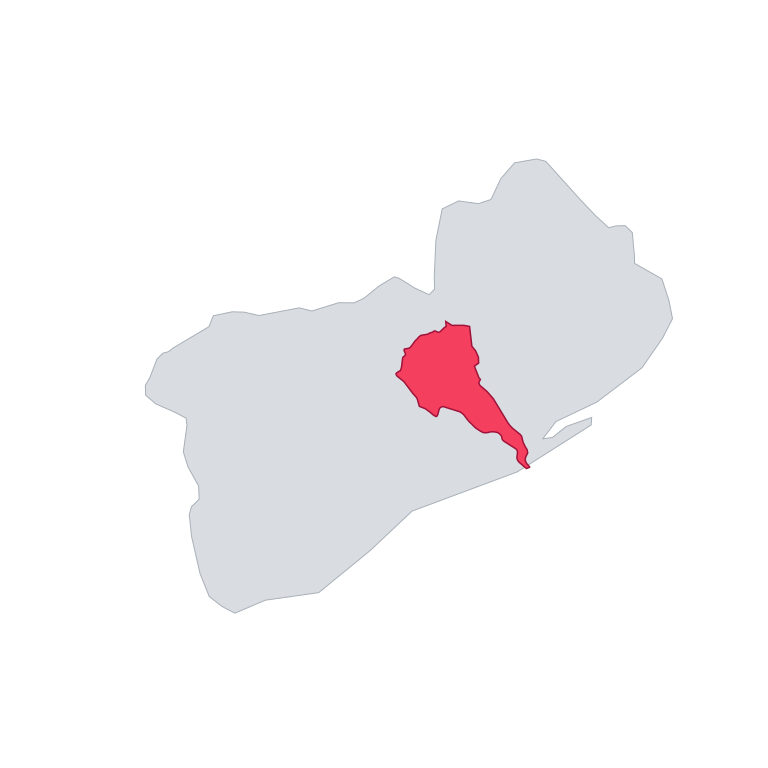 San Vicente on a map of El Salvador (Equal Earth projection), rotated 307°
{"feature_id": "SLV-1353", "entity_name": "San Vicente", "entity_type": "Department", "adm_level": 1, "iso_a3": "SLV", "parent_name": "El Salvador", "parent_adm1": "", "projection": "equal_earth", "projection_center": [-88.756, 13.536], "detail": "fine", "context": "in_parent", "style": "filled", "palette": "rose", "viewbox_px": 768, "rotation_deg": 307, "n_neighbors": 0, "source": "natural_earth", "source_scale": "10m", "svg_char_len": 2777}
<svg xmlns="http://www.w3.org/2000/svg" viewBox="0 0 768 768"><g transform="rotate(307 384 384)"><path d="M280.1,192.4L285.9,193.9L324.4,209.7L335.8,206.6L350.3,219.3L357.3,229.2L363.4,242.9L393.8,270.5L398.9,282.5L421.6,298.8L430.7,311.2L440.4,316.4L459.4,321.1L475.7,327.7L477.5,332.2L479.1,350.7L482.5,366.3L490.3,367.3L499.6,359.8L530.1,338.9L558.9,325.1L575.1,333.4L584.7,350.7L595.7,358.4L618.5,353.7L639.2,355.2L655.5,370.4L659.2,379.2L649.4,429.6L645.8,451.2L644.0,469.4L649.9,474.2L655.6,481.3L654.4,491.1L636.6,507.3L631.1,511.5L635.2,542.7L622.0,561.5L609.8,575.1L588.5,578.8L552.3,580.3L497.7,564.9L457.5,543.9L435.8,543.8L442.7,550.7L459.8,555.1L482.3,570.0L475.9,574.1L394.0,543.3L299.4,482.9L242.8,473.2L178.1,457.4L139.9,419.3L111.2,402.8L108.8,388.4L109.1,372.3L122.1,350.9L146.5,322.0L162.6,307.0L170.1,304.1L180.8,305.7L191.0,297.3L199.8,277.4L209.0,264.6L232.3,251.6L237.6,246.5L235.8,235.3L230.8,213.7L231.6,200.4L239.2,194.3L248.3,193.1L267.2,187.7L275.4,188.8L280.1,192.4Z" fill="#d9dde1" stroke="#a8b0b8" stroke-width="1"/><path d="M405.6,550.7L402.2,548.6L402.8,539.2L402.9,538.3L403.2,537.6L403.4,536.8L403.8,536.2L404.1,535.6L405.0,534.6L406.0,533.9L407.7,533.0L409.9,531.6L410.4,531.1L410.8,530.6L411.2,530.0L411.5,529.3L411.5,527.5L410.5,514.9L410.5,513.9L410.6,513.0L410.8,512.2L411.1,511.5L411.5,511.0L412.9,509.5L413.2,508.9L413.4,508.1L413.7,506.3L413.8,505.4L413.6,504.1L413.0,502.5L411.5,499.9L409.9,497.9L407.9,496.3L406.5,494.9L405.0,492.7L404.7,491.4L404.4,489.6L404.0,484.2L404.1,482.8L405.0,476.0L405.0,475.5L405.2,474.5L405.4,473.8L405.5,473.0L407.3,466.7L407.6,464.9L407.6,462.9L407.5,462.0L407.4,461.2L401.7,445.2L401.1,444.2L399.3,443.3L398.2,443.1L397.3,443.2L391.8,445.4L391.0,445.5L390.3,445.6L389.6,445.5L389.1,444.2L388.9,442.1L389.2,436.9L389.1,431.8L387.4,425.7L391.8,419.9L392.4,418.8L392.9,417.4L393.7,413.1L397.9,398.4L398.2,389.5L398.6,388.6L399.3,387.4L400.8,387.5L402.1,387.9L404.5,389.0L406.1,388.6L408.3,387.7L415.5,383.5L417.0,383.0L418.6,383.5L420.0,383.7L420.8,383.0L421.6,382.0L422.7,380.0L423.5,379.4L424.3,379.3L427.6,382.4L428.7,382.8L430.4,383.0L437.7,382.9L439.2,383.3L442.4,383.5L444.9,384.1L445.4,384.5L449.7,388.6L450.2,388.9L452.7,390.1L454.2,391.3L454.8,391.6L456.4,392.1L457.0,392.6L457.3,393.3L457.6,395.0L457.8,395.7L458.1,396.4L458.6,396.9L459.4,397.3L465.2,398.2L467.4,399.0L471.1,395.7L471.7,403.0L478.8,412.3L481.5,417.7L467.0,431.5L465.7,437.0L462.3,443.2L457.7,447.0L452.6,445.5L446.0,456.3L445.7,458.2L441.9,459.0L440.6,461.5L440.0,470.9L438.1,480.0L427.6,506.3L426.6,509.6L426.0,513.5L425.7,523.1L425.2,525.2L421.1,530.3L419.0,534.5L417.6,537.9L415.4,540.3L410.9,541.1L408.2,542.5L406.4,545.6L405.5,550.0L405.5,550.6L405.6,550.7Z" fill="#f43f5e" stroke="#9f1239" stroke-width="1.5"/></g></svg>